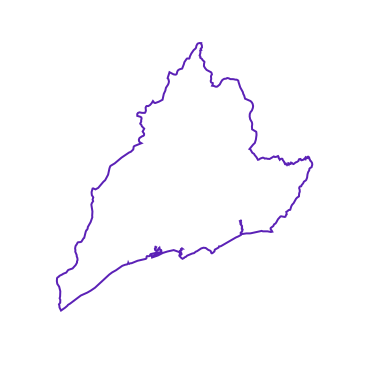 Atacames, Esmeraldas, Ecuador (Natural Earth projection), rotated 194°
{"feature_id": "8360857B71031597583616", "entity_name": "Atacames", "entity_type": "district", "adm_level": 2, "iso_a3": "ECU", "parent_name": "Ecuador", "parent_adm1": "Esmeraldas", "projection": "natural_earth1", "projection_center": [-79.87, 0.796], "detail": "fine", "context": "isolated", "style": "outline", "palette": "violet", "viewbox_px": 384, "rotation_deg": 194, "n_neighbors": 0, "source": "geoboundaries", "source_scale": "gbopen_adm2", "svg_char_len": 6055}
<svg xmlns="http://www.w3.org/2000/svg" viewBox="0 0 384 384"><g transform="rotate(194 192 192)"><path d="M220.6,338.4L222.1,337.6L222.6,336.9L223.1,334.9L223.0,333.0L223.4,331.9L224.7,330.1L226.2,326.1L226.8,323.1L226.8,321.2L227.1,320.7L229.0,320.4L229.5,319.7L230.8,316.1L230.8,314.2L231.4,309.4L233.8,308.0L234.8,307.0L235.4,305.6L235.4,302.9L235.7,302.3L236.6,301.8L238.4,301.7L242.8,302.8L243.2,296.5L242.2,295.8L241.6,294.7L241.1,293.6L241.0,292.3L241.2,290.5L242.5,286.8L242.4,283.9L243.1,280.4L242.9,274.4L246.0,271.6L249.1,269.5L250.1,269.4L251.9,270.8L252.7,268.3L253.8,266.2L255.2,264.8L256.7,264.5L257.2,263.9L257.4,262.5L256.4,259.8L256.5,258.4L256.9,257.4L259.5,256.7L262.2,256.6L263.5,255.7L264.0,254.4L263.5,252.6L260.4,252.5L259.2,252.1L258.7,251.0L258.7,249.2L258.3,247.9L258.8,245.9L258.4,245.4L257.5,245.0L256.5,243.6L253.7,241.9L254.5,238.7L252.6,237.0L252.3,235.7L252.7,234.8L254.1,233.8L255.8,231.9L256.1,231.3L256.2,229.8L255.7,228.6L254.7,227.6L252.9,227.1L259.0,222.7L259.5,222.0L259.3,219.0L261.1,216.2L262.6,215.1L268.7,208.3L273.9,201.1L277.3,197.7L277.6,197.0L277.8,195.0L277.6,188.5L279.1,182.5L280.5,180.4L284.0,173.3L286.3,171.2L288.8,171.6L289.3,171.3L289.4,167.8L289.2,166.9L288.4,164.7L286.5,162.9L286.6,160.6L285.7,159.2L286.5,156.9L286.6,155.4L283.9,149.0L283.1,144.7L282.6,143.4L283.1,138.2L284.6,132.8L284.4,131.1L284.9,129.6L285.2,129.4L285.5,128.0L285.5,121.4L286.0,120.9L287.3,117.0L288.4,116.3L290.3,115.7L290.7,115.3L291.3,112.9L291.8,112.0L291.9,110.6L291.7,108.7L291.1,107.5L290.8,105.8L288.7,103.0L288.3,101.7L287.2,100.1L286.6,98.3L286.8,96.8L286.5,95.7L287.2,93.0L289.4,88.9L293.1,86.5L293.5,85.9L294.5,83.4L297.3,81.4L297.6,80.9L300.4,78.5L300.7,77.7L301.8,76.5L302.1,75.7L301.6,72.9L300.5,70.3L298.0,68.0L295.8,63.9L294.7,58.7L294.7,56.8L293.7,55.5L293.1,52.7L293.9,50.8L293.2,49.7L292.6,47.9L290.4,45.3L287.1,49.1L285.4,51.5L285.0,52.5L283.3,54.2L274.8,64.7L269.2,69.1L266.4,71.8L263.0,75.6L252.3,91.9L250.0,94.7L246.8,97.7L241.8,103.5L239.3,105.2L237.4,106.1L236.7,107.4L236.7,107.8L236.1,107.0L235.5,107.1L234.8,107.8L233.4,108.3L228.2,112.1L220.7,115.9L220.2,116.6L220.4,118.3L220.1,118.9L218.2,119.3L216.1,120.6L216.0,121.3L216.5,121.4L217.0,121.1L217.4,120.3L217.4,121.1L217.0,121.8L212.5,124.1L208.1,125.9L207.8,126.3L207.7,127.2L207.9,127.8L208.4,128.2L209.6,128.2L210.1,129.5L210.9,127.4L212.1,126.3L213.0,126.3L213.8,126.9L214.3,128.0L213.6,129.7L215.0,129.8L214.0,130.1L213.5,129.8L213.4,129.2L214.0,127.9L213.3,126.9L212.8,126.6L212.3,126.6L211.3,127.4L210.5,129.6L210.1,130.0L209.5,128.6L207.9,128.2L207.3,127.1L207.5,126.3L208.4,125.3L209.4,124.6L211.8,122.2L213.1,121.7L213.9,120.8L215.1,119.3L214.9,118.8L209.8,122.1L205.6,125.8L201.5,128.3L195.7,131.2L190.4,130.7L189.1,130.1L188.0,128.8L187.7,128.7L187.5,129.2L187.9,130.1L189.6,131.4L189.5,132.0L188.4,133.0L188.9,133.9L188.2,134.9L187.5,134.6L188.5,134.2L188.1,132.9L189.3,131.4L187.7,130.3L187.1,129.2L187.7,128.2L188.8,128.7L188.9,127.1L186.9,125.7L185.1,124.9L183.9,125.9L183.5,126.7L182.3,127.6L181.3,129.1L177.0,132.3L175.2,133.2L173.9,135.0L172.8,135.8L169.4,139.5L167.4,140.7L165.2,141.0L162.3,139.8L160.0,139.4L159.5,139.1L158.5,137.5L158.0,137.3L157.4,137.6L155.9,139.7L155.9,141.6L152.8,144.5L152.6,145.8L151.6,146.0L150.8,146.5L138.3,158.6L136.2,160.2L134.1,162.2L134.1,162.5L134.6,163.3L134.9,164.2L134.0,165.8L134.0,167.5L134.8,168.2L135.3,170.9L137.3,172.7L137.0,173.7L137.7,174.0L137.9,174.3L137.6,175.9L138.2,175.1L138.5,175.4L137.8,176.1L137.5,176.1L137.4,175.8L137.6,174.3L136.8,173.8L137.0,172.7L135.2,171.1L134.6,168.6L133.8,167.9L133.8,166.0L134.6,164.0L134.4,163.3L134.0,163.0L129.2,165.0L125.3,166.0L115.0,171.1L113.7,171.0L109.1,172.1L105.8,172.3L104.5,172.9L105.4,173.9L106.5,174.7L106.9,175.5L106.9,176.2L104.9,178.6L104.5,180.5L103.4,181.6L102.9,182.8L102.0,186.3L100.2,189.7L99.6,190.0L96.1,190.2L95.4,190.6L95.2,192.4L94.7,193.1L95.7,195.6L94.7,196.5L93.9,197.8L92.4,198.5L92.2,202.1L91.8,203.8L90.7,205.8L89.4,210.6L88.7,211.9L87.2,213.6L87.7,216.7L87.5,218.3L88.1,220.3L88.9,221.5L89.0,222.5L88.5,223.5L87.4,224.0L87.3,225.2L86.3,227.2L85.9,229.1L84.4,230.8L84.1,231.4L83.8,233.8L84.2,237.0L84.1,239.4L83.5,241.3L83.7,242.8L83.3,243.7L82.0,245.0L81.9,247.5L82.5,249.2L83.9,250.6L84.8,251.0L85.7,252.3L86.4,252.7L86.5,253.5L86.9,254.0L87.7,254.4L88.4,254.1L88.6,253.6L88.4,252.8L88.7,252.6L90.1,253.3L90.5,252.3L89.8,251.4L89.8,251.1L91.2,251.2L91.6,250.4L93.3,249.3L93.9,249.4L94.7,250.3L95.9,249.8L96.2,249.4L96.1,248.7L96.3,247.8L97.7,246.3L98.5,245.9L100.2,243.7L100.5,243.6L102.2,244.4L103.0,244.5L103.1,243.1L104.0,242.8L104.9,243.3L105.4,243.3L105.0,241.9L105.8,242.1L106.3,241.1L107.7,242.2L108.1,241.5L108.4,241.5L108.7,242.4L109.6,242.8L109.8,243.5L111.5,244.8L112.3,246.0L112.8,246.1L113.7,245.7L114.6,244.6L114.9,245.2L115.7,245.4L116.1,246.0L116.2,246.6L117.2,247.7L117.7,247.4L117.9,246.9L120.0,246.0L121.2,246.3L124.6,242.9L126.4,242.5L128.4,242.5L129.4,242.0L130.8,242.5L131.7,242.4L133.8,241.0L134.9,239.7L135.8,239.2L137.8,241.3L140.2,243.1L141.0,244.0L143.0,244.7L145.6,247.4L146.6,247.6L144.2,252.7L142.9,254.8L142.7,258.3L143.2,262.9L143.8,264.9L144.3,266.0L148.8,267.3L149.7,270.0L149.9,271.9L150.2,273.0L150.8,274.2L153.1,276.6L154.3,279.1L154.8,281.6L154.5,283.7L153.6,285.6L153.3,288.3L153.5,290.2L154.5,292.2L155.6,293.4L157.2,294.4L163.1,295.4L164.8,298.3L165.9,299.5L166.9,301.3L170.5,305.2L173.3,309.7L174.1,311.3L175.7,311.8L177.2,311.5L179.1,311.5L182.0,310.8L183.9,311.2L185.4,311.1L186.4,310.2L188.1,309.6L189.6,308.1L190.3,306.3L191.1,303.0L192.9,300.5L193.6,300.1L194.8,299.9L196.2,300.2L198.2,300.0L197.9,301.5L198.2,302.7L199.7,302.9L200.3,303.4L200.7,304.3L200.7,306.3L201.6,308.9L201.4,310.3L201.1,310.8L201.8,312.2L202.5,312.8L207.4,314.0L209.5,315.6L210.9,317.1L211.4,319.8L211.3,320.6L211.5,321.4L213.5,322.5L214.7,323.6L216.5,324.3L216.7,325.6L217.6,326.2L217.5,328.3L217.7,330.1L218.3,331.1L218.2,331.6L217.4,332.0L218.2,333.2L217.3,334.6L217.4,335.1L218.0,336.9L218.8,337.7L219.0,338.7L220.6,338.4Z" fill="none" stroke="#5b21b6" stroke-width="2"/></g></svg>